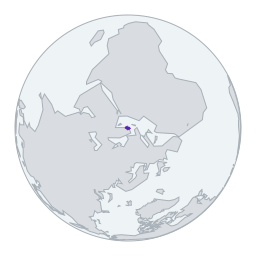 Mugla on an orthographic globe, rotated 182°
{"feature_id": "TUR-2278", "entity_name": "Mugla", "entity_type": "Province", "adm_level": 1, "iso_a3": "TUR", "parent_name": "Turkey", "parent_adm1": "", "projection": "orthographic", "projection_center": [28.126, 36.936], "detail": "fine", "context": "on_globe", "style": "filled", "palette": "violet", "viewbox_px": 256, "rotation_deg": 182, "n_neighbors": 0, "source": "natural_earth", "source_scale": "10m", "svg_char_len": 11390}
<svg xmlns="http://www.w3.org/2000/svg" viewBox="0 0 256 256"><g transform="rotate(182 128 128)"><circle cx="128" cy="128" r="113" fill="#eef3f6" stroke="#a8b0b8"/><path d="M93.9,20.6L96.3,19.9L98.6,19.3L109.8,17.5L123.5,16.5L127.8,16.0L126.8,16.5L135.2,15.8L142.7,16.4L134.2,15.9L133.2,16.1L138.3,16.4L138.4,16.8L140.9,17.2L140.6,17.7L135.7,17.7L135.4,18.1L139.0,18.3L141.0,19.2L135.8,18.7L138.7,20.2L131.0,21.1L117.3,20.5L112.9,22.4L98.5,25.8L99.7,26.3L95.0,28.3L94.6,29.7L92.1,30.2L94.0,31.0L96.4,30.3L98.1,30.4L98.1,31.3L94.8,31.9L94.3,31.6L93.4,32.3L91.7,32.3L92.6,32.8L88.6,33.7L92.5,34.1L89.3,36.0L86.7,36.3L87.0,34.5L81.7,31.7L79.2,31.9L75.2,33.8L67.7,40.6L64.8,41.8L60.9,44.7L62.4,44.7L66.0,42.5L67.9,43.4L72.1,40.9L73.5,41.1L77.8,39.5L77.0,41.7L74.0,44.8L70.4,46.4L69.0,47.9L72.3,48.2L65.6,53.1L61.0,60.2L59.3,61.4L56.0,60.2L56.2,55.4L51.9,54.9L54.6,57.4L50.2,60.9L49.4,62.4L49.6,63.7L51.2,63.2L49.7,65.0L46.5,63.0L47.8,61.3L48.8,61.9L48.9,59.8L46.7,59.0L44.7,61.1L43.5,58.4L42.1,60.0L41.0,60.4L43.4,58.0L39.0,62.5L37.4,61.8L31.4,70.2L37.4,61.3L39.6,58.2L40.6,56.9L46.0,50.8L51.8,45.0L58.0,39.7L64.6,34.9L71.6,30.5L78.8,26.7L86.2,23.4L93.9,20.6ZM18.8,100.5L19.0,99.7L17.9,104.2L17.3,111.3L17.1,111.8L16.4,124.2L17.6,133.8L17.8,139.2L17.5,140.8L18.4,143.9L18.4,145.5L23.6,157.7L27.8,166.8L28.6,172.2L27.1,174.3L30.4,184.1L29.7,183.1L25.9,175.5L22.6,167.6L19.9,159.5L17.8,151.3L16.3,142.8L15.5,134.4L15.4,125.8L15.9,117.3L17.0,108.9L18.8,100.5ZM29.8,72.8L24.8,83.3L26.1,80.1L27.8,76.6L28.3,75.6L29.8,72.8ZM31.1,71.1L31.9,69.6L31.4,70.7L31.1,71.1ZM99.2,19.1L99.6,19.0L96.3,19.9L95.6,20.1L99.2,19.1ZM106.8,17.5L105.3,17.8L103.6,18.1L105.0,17.8L106.8,17.5ZM131.0,15.7L128.3,15.7L130.8,15.7L131.0,15.7ZM141.3,17.2L142.0,17.2L143.0,17.5L141.3,17.2ZM77.9,38.4L77.8,38.9L77.0,39.0L77.9,38.4ZM79.8,37.3L79.0,37.0L79.7,36.4L80.2,36.6L79.8,37.3ZM143.5,18.5L144.9,19.1L142.6,18.5L143.5,18.5ZM80.6,37.9L81.2,35.4L82.6,34.5L85.7,34.6L80.6,37.9ZM145.2,19.5L148.6,21.2L150.5,21.2L147.1,22.5L145.3,20.4L142.2,19.6L144.5,19.8L145.2,19.5ZM97.2,29.7L94.6,30.5L96.7,29.1L97.2,29.7ZM98.1,28.8L102.3,24.8L106.1,24.3L103.9,25.6L108.9,24.5L108.7,26.2L105.9,27.2L103.5,27.1L105.3,27.8L98.1,28.8ZM144.6,23.2L144.7,23.7L143.7,23.1L144.6,23.2ZM98.9,30.4L99.4,29.5L102.8,29.0L102.4,30.6L101.4,30.2L98.9,30.4ZM110.3,23.5L112.7,23.5L113.2,24.8L114.2,25.0L109.0,26.2L110.3,23.5ZM100.7,30.8L102.1,31.4L100.5,32.5L98.6,31.2L100.7,30.8ZM103.8,28.2L105.4,28.0L104.4,28.6L103.8,28.2ZM95.8,37.0L96.3,35.8L98.1,35.4L95.8,37.0ZM102.7,31.6L103.2,31.2L104.0,31.0L104.6,31.6L102.7,31.6ZM109.7,27.1L109.4,27.7L111.9,26.7L112.3,27.7L108.8,28.4L110.5,28.6L110.7,28.9L107.6,29.1L109.7,27.1ZM107.5,31.6L103.1,33.1L101.8,35.2L100.1,35.6L102.6,32.1L107.5,31.6ZM107.8,30.1L107.2,31.1L105.5,31.0L104.9,30.2L107.8,30.1ZM113.9,28.3L114.1,26.5L114.9,26.4L113.9,28.3ZM107.4,32.2L108.5,31.9L107.5,32.4L107.4,32.2ZM112.3,29.5L112.3,28.8L113.2,28.7L112.3,29.5ZM110.6,31.8L109.2,32.3L108.7,31.7L110.6,31.8ZM111.7,30.8L112.9,30.9L109.4,31.3L111.5,30.5L111.7,30.8ZM113.2,29.5L113.7,29.3L113.0,29.8L113.2,29.5ZM113.3,33.8L109.0,34.4L107.9,33.2L112.2,32.7L113.3,33.8ZM56.4,168.9L50.0,150.8L53.3,146.1L54.0,138.8L76.8,120.9L81.5,123.9L99.4,124.4L101.6,125.7L99.4,131.5L112.7,140.4L117.2,135.7L129.3,139.9L137.5,139.4L140.6,128.0L127.2,128.5L125.0,123.0L135.9,117.8L147.6,117.6L147.1,115.5L139.8,111.2L142.6,107.0L137.3,109.4L139.3,111.5L136.1,113.2L134.0,111.4L135.0,109.9L131.5,109.1L127.3,116.9L129.0,119.9L119.8,121.2L121.6,126.4L119.1,128.8L115.0,120.9L115.4,118.0L107.7,109.2L106.3,112.2L113.6,120.9L111.3,120.1L109.5,124.8L109.0,120.6L101.5,110.7L93.2,111.3L82.5,121.1L77.7,120.8L73.7,117.2L77.9,105.8L88.1,107.8L89.7,104.2L87.8,98.0L91.1,99.2L91.6,97.1L95.5,97.6L101.1,93.3L105.1,93.4L107.5,87.0L109.9,86.3L107.8,90.2L108.4,93.2L118.4,93.7L120.3,92.4L121.1,88.4L123.7,89.2L123.2,85.2L129.0,83.8L121.5,82.3L122.2,78.0L125.7,74.8L124.6,73.2L118.8,78.5L117.7,80.9L118.9,83.3L114.7,90.2L111.2,91.1L110.5,83.2L105.6,83.8L107.2,77.8L122.0,66.6L128.0,64.6L137.7,70.1L136.2,72.8L131.9,72.1L135.7,76.7L135.4,74.4L137.6,75.3L138.9,71.7L140.5,72.1L138.9,68.0L141.0,68.2L142.0,70.8L145.5,66.0L150.0,65.6L150.0,64.4L148.8,63.2L155.2,63.7L155.0,62.8L152.8,62.2L150.8,60.1L149.9,56.6L152.2,57.0L152.8,58.3L157.6,61.7L158.9,65.4L159.8,65.2L159.1,62.2L153.3,57.9L152.1,55.7L155.1,57.4L154.0,56.6L154.1,55.6L156.3,55.1L153.1,53.2L151.3,43.5L155.5,41.9L158.4,44.2L159.5,38.7L164.1,37.9L162.1,37.3L161.2,34.7L159.8,34.8L158.7,34.4L155.9,28.4L157.0,27.5L153.5,24.9L152.5,24.7L151.4,25.1L147.1,22.5L150.5,21.2L152.7,21.7L153.3,20.7L158.3,22.3L162.6,23.3L167.7,25.9L170.7,26.7L170.6,26.3L174.6,27.3L183.3,31.4L176.8,30.0L163.8,25.5L169.2,27.3L168.1,27.6L170.1,28.7L173.8,30.1L174.2,29.9L180.9,36.6L190.2,43.1L189.2,40.3L191.4,40.5L201.1,46.8L213.4,61.9L216.5,63.4L218.5,65.7L220.0,69.0L217.0,65.7L216.0,66.3L214.2,64.1L215.5,68.8L212.9,65.9L215.3,71.2L217.4,72.5L217.2,69.3L220.4,75.5L223.6,76.9L227.1,81.7L231.8,95.6L232.0,103.2L232.7,105.2L231.2,105.2L231.6,111.1L236.3,117.2L237.0,120.1L236.5,129.6L236.1,127.5L232.2,127.5L233.2,135.2L236.2,137.0L237.3,142.2L235.7,143.1L234.4,138.7L233.0,138.5L232.2,132.1L228.6,124.9L226.9,129.5L225.9,125.8L220.8,121.2L217.7,127.6L213.6,143.2L215.0,153.1L212.7,159.1L205.1,148.9L201.5,140.2L198.9,142.7L191.0,137.4L177.6,142.1L175.6,139.9L173.1,142.0L167.5,140.8L164.5,137.1L161.1,138.2L169.3,148.0L172.9,146.8L175.7,141.4L177.4,145.2L182.7,147.1L177.1,158.9L157.1,172.0L155.0,164.8L139.3,145.0L139.7,142.4L139.6,142.2L139.4,141.7L138.1,145.9L135.3,141.7L143.9,156.3L145.4,162.6L156.8,172.5L155.8,173.8L159.4,175.5L171.0,170.2L171.1,172.6L165.7,185.0L149.6,201.5L151.7,209.8L150.4,216.6L140.3,221.7L141.1,226.1L135.9,227.9L135.5,230.1L131.2,232.5L124.2,234.4L112.2,233.7L111.5,232.0L105.6,227.7L97.4,216.0L100.4,210.9L99.4,206.1L90.7,193.6L92.6,187.3L90.3,184.0L85.5,183.8L82.8,179.7L79.9,178.9L61.8,175.7L56.4,168.9ZM68.9,132.0L68.3,134.2L68.2,134.2L68.9,132.0ZM160.1,123.1L167.0,122.1L163.7,115.5L166.1,114.7L164.1,112.9L163.4,115.1L158.5,110.0L161.4,107.3L160.5,104.3L158.1,104.5L153.5,110.5L160.6,117.6L159.1,120.9L160.1,123.1ZM17.3,111.4L17.1,113.3L17.1,112.1L17.3,111.4ZM21.6,93.6L21.2,95.7L21.3,94.3L21.6,93.6ZM24.2,84.8L21.9,92.1L22.1,90.1L23.7,85.7L23.1,87.5L24.2,84.8ZM29.8,73.0L29.2,74.2L28.8,74.8L29.8,73.0ZM30.8,71.9L30.9,71.6L31.5,70.5L30.8,71.9ZM50.4,61.0L50.6,61.2L50.4,62.6L49.7,62.4L50.4,61.0ZM54.1,66.9L51.6,69.6L52.9,67.4L51.5,67.5L52.6,63.1L58.5,61.8L55.6,63.1L54.1,66.9ZM55.6,57.3L54.3,60.0L55.5,57.1L55.6,57.3ZM90.4,85.6L91.7,87.3L90.1,89.5L85.0,90.1L87.3,86.8L90.4,85.6ZM93.8,89.3L94.5,81.7L97.7,81.3L95.8,82.8L97.8,83.2L95.3,85.8L97.6,93.0L96.4,95.6L87.7,94.9L91.3,93.6L89.8,91.9L93.8,89.3ZM90.8,65.6L91.1,63.0L97.5,65.4L96.5,67.6L91.4,68.1L89.6,65.8L90.8,65.6ZM86.0,38.9L85.7,38.2L86.6,37.9L87.6,38.3L86.0,38.9ZM95.9,36.5L88.1,41.7L87.4,41.1L83.7,45.2L80.4,45.4L82.9,42.7L77.6,46.0L78.5,43.7L75.1,46.2L81.1,40.1L81.7,38.3L82.2,40.2L85.3,40.1L86.8,39.5L91.5,36.6L94.3,32.9L97.7,32.5L99.4,33.1L99.3,33.9L97.1,33.9L98.5,34.9L95.2,35.6L95.9,36.5ZM117.2,44.3L114.8,43.4L117.0,46.8L113.7,47.0L114.1,47.4L111.7,48.6L109.6,50.8L108.1,50.5L107.9,51.5L106.3,52.4L105.5,53.7L102.6,53.8L101.4,55.5L100.7,54.6L99.5,57.5L99.1,55.4L97.0,56.6L98.5,58.0L84.6,56.7L79.1,58.1L74.7,60.7L74.7,57.1L78.8,52.7L84.7,48.6L90.1,47.9L89.1,46.6L91.3,45.9L91.2,47.2L92.7,44.8L94.6,44.6L99.9,41.8L101.0,38.7L103.0,37.8L103.5,38.9L105.1,37.1L107.3,38.7L108.8,38.1L112.4,39.1L112.4,41.8L114.0,41.0L116.9,41.9L117.2,44.3ZM114.2,34.1L115.0,37.1L113.5,38.7L107.8,36.3L106.2,36.6L102.5,35.4L104.7,33.1L105.5,33.7L106.8,33.7L105.6,34.4L107.6,33.8L108.9,34.6L110.7,34.4L110.5,35.4L114.2,34.1ZM104.2,123.7L106.0,124.2L108.7,124.2L107.6,127.2L104.2,123.7ZM98.9,117.0L100.5,116.9L100.4,120.9L98.6,120.5L98.9,117.0ZM101.5,113.5L100.6,116.5L100.1,114.7L101.5,113.5ZM109.2,89.9L110.9,89.6L111.1,90.6L110.1,91.9L109.2,89.9ZM123.1,55.5L121.9,54.5L122.4,54.0L121.9,51.0L124.2,50.8L125.5,52.5L123.1,55.5ZM138.3,130.1L135.8,132.4L134.6,131.5L135.7,130.8L138.3,130.1ZM120.9,130.3L124.8,131.8L120.6,131.1L120.9,130.3ZM125.6,54.8L125.1,53.5L126.6,54.2L125.6,54.8ZM126.0,50.5L127.8,51.0L124.5,50.4L126.0,50.5ZM169.3,212.1L161.2,224.0L156.0,225.0L155.2,222.4L158.4,215.5L164.5,212.4L167.6,208.6L169.3,212.1ZM238.9,147.8L238.0,151.6L237.1,153.6L237.6,151.3L239.0,146.8L239.2,145.7L238.9,147.8ZM237.5,151.5L235.7,151.9L231.3,145.5L233.0,143.5L237.2,144.5L237.0,146.3L238.0,146.9L237.5,151.5ZM240.2,137.6L239.8,140.6L239.4,141.9L239.2,138.1L239.3,134.8L239.8,133.3L239.8,118.3L240.1,118.3L240.4,123.9L240.6,125.5L240.6,127.5L240.6,132.2L240.5,133.5L240.2,137.6ZM215.5,153.7L218.0,157.8L216.5,159.9L215.5,153.7ZM238.7,109.7L239.4,116.0L238.4,108.6L238.7,109.7ZM237.4,103.6L237.9,105.3L237.5,104.5L237.4,103.6ZM233.7,107.9L233.4,110.0L232.8,108.7L232.9,105.2L233.7,107.9ZM229.7,85.9L231.7,89.8L232.4,91.4L231.2,89.9L229.7,85.9ZM145.2,52.9L143.4,57.1L143.6,60.4L146.3,62.5L141.8,61.6L141.4,56.5L145.2,52.9ZM150.3,44.5L148.0,43.0L149.5,42.6L150.2,42.9L150.3,44.5ZM148.6,44.3L144.8,44.4L143.9,42.9L147.0,43.1L148.6,44.3ZM135.2,49.2L134.5,50.4L133.3,49.8L135.2,49.2ZM239.1,109.5L239.1,109.3L239.5,112.3L238.1,104.3L239.1,109.5ZM238.3,105.1L238.7,107.9L237.9,103.6L238.3,105.1ZM238.5,107.2L238.0,105.1L237.9,104.1L238.5,107.2ZM238.1,104.4L237.1,100.3L237.6,101.9L238.1,104.4ZM236.5,100.7L237.4,101.6L237.3,103.6L234.7,96.5L234.6,94.9L236.5,100.7ZM219.6,64.7L218.2,63.3L217.4,61.5L218.6,63.0L219.6,64.7ZM213.3,55.3L216.7,60.6L219.2,65.3L219.6,65.2L222.2,69.0L220.3,67.5L216.9,62.0L215.4,59.1L212.9,56.3L210.5,53.0L207.5,50.4L205.7,48.4L207.9,50.0L213.3,55.3ZM206.2,49.4L200.1,44.6L199.6,42.9L200.8,43.6L203.8,46.5L203.9,47.1L206.2,49.4ZM198.5,43.0L198.6,43.7L189.7,39.6L187.7,38.5L194.1,40.2L194.5,41.1L196.8,42.5L198.5,43.0ZM145.9,23.7L144.8,23.7L145.4,23.4L145.9,23.7ZM157.9,34.6L156.6,33.9L157.4,33.4L157.9,34.6ZM153.4,31.8L153.5,32.8L152.4,31.6L153.4,31.8ZM153.8,35.2L153.0,33.2L155.1,35.4L153.8,35.2Z" fill="#d9dde1" stroke="#a8b0b8" stroke-width="1"/><path d="M129.8,129.3L129.8,129.2L129.7,129.2L129.6,128.9L129.6,128.7L129.5,128.8L129.5,128.7L129.4,128.8L129.4,128.7L129.5,128.6L129.4,128.5L129.3,128.4L129.2,128.4L129.2,128.5L128.9,128.5L128.8,128.4L128.8,128.5L128.8,128.4L128.8,128.2L128.7,128.3L128.7,128.2L128.6,128.3L128.6,128.2L128.4,128.2L128.5,128.2L128.4,128.3L128.3,128.2L128.3,128.3L128.2,128.3L128.2,128.2L128.3,128.2L128.2,128.2L128.2,128.3L128.3,128.4L128.2,128.4L128.2,128.5L127.9,128.7L127.7,128.7L127.8,128.7L127.7,128.7L127.9,128.7L127.7,128.5L127.8,128.5L127.9,128.4L128.0,128.4L127.9,128.4L128.0,128.3L127.9,128.3L127.7,128.4L127.4,128.4L127.3,128.5L127.2,128.5L126.9,128.5L126.8,128.4L127.0,128.4L127.3,128.3L127.5,128.3L127.6,128.2L127.6,128.3L127.8,128.3L127.9,128.2L128.0,128.0L128.1,127.9L128.3,127.8L128.1,127.8L127.9,127.8L127.7,127.8L127.4,127.9L127.2,127.9L126.9,127.8L126.7,127.8L126.8,127.9L126.7,127.9L126.6,127.7L126.8,127.6L127.0,127.7L127.2,127.4L127.0,127.2L126.9,127.3L126.9,127.2L127.0,126.8L127.3,126.9L127.5,126.9L127.7,127.0L127.8,127.0L128.0,127.0L128.1,126.9L128.2,126.7L128.3,126.8L128.5,126.9L128.8,126.9L128.8,127.0L129.0,127.2L129.0,127.3L129.3,127.5L129.5,127.7L129.5,127.9L129.6,128.0L129.8,128.0L129.9,127.9L130.0,127.7L130.0,127.8L130.1,128.0L130.1,127.9L130.3,127.8L130.5,128.0L130.3,128.4L130.3,128.5L130.1,128.8L129.9,129.1L129.8,129.3Z" fill="#8b5cf6" stroke="#5b21b6" stroke-width="1.5"/></g></svg>